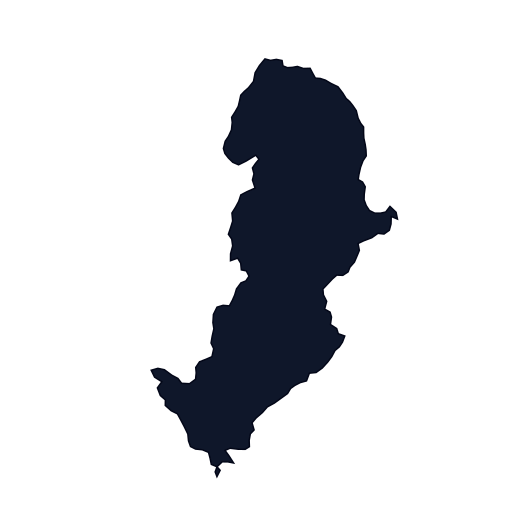 the district of José Raydan, Minas Gerais, Brazil, rotated 52°
{"feature_id": "56859067B76751419616025", "entity_name": "José Raydan", "entity_type": "district", "adm_level": 2, "iso_a3": "BRA", "parent_name": "Brazil", "parent_adm1": "Minas Gerais", "projection": "orthographic", "projection_center": [-42.476, -18.259], "detail": "fine", "context": "isolated", "style": "filled", "palette": "ink", "viewbox_px": 512, "rotation_deg": 52, "n_neighbors": 0, "source": "geoboundaries", "source_scale": "gbopen_adm2", "svg_char_len": 2542}
<svg xmlns="http://www.w3.org/2000/svg" viewBox="0 0 512 512"><g transform="rotate(52 256 256)"><path d="M398.1,416.5L397.4,409.3L400.9,404.9L405.3,401.1L396.6,400.3L390.1,400.1L391.5,394.8L397.4,388.9L401.7,383.5L402.2,378.6L397.1,374.9L392.7,370.0L391.9,364.6L385.0,361.8L383.7,355.6L383.3,347.3L381.9,340.0L383.2,332.1L383.5,324.3L383.8,315.8L381.7,310.3L381.9,305.0L383.0,299.1L385.5,293.1L381.2,286.1L384.8,280.4L385.1,272.8L383.7,264.7L381.9,258.2L379.1,251.9L378.9,246.3L377.1,240.9L373.7,235.3L367.9,239.0L362.9,237.1L355.8,239.5L350.6,234.1L345.8,232.2L340.1,234.6L335.2,228.2L328.1,226.8L323.2,223.6L322.1,216.3L321.1,209.8L320.8,204.1L324.7,199.5L325.2,193.2L322.7,189.0L321.4,182.2L318.0,176.0L315.2,171.1L309.0,167.9L310.3,161.9L312.9,153.5L313.2,146.0L317.5,141.6L317.8,135.1L313.9,129.9L308.1,125.1L314.0,121.8L307.8,118.7L299.4,119.9L301.2,126.7L298.9,131.5L295.4,136.0L290.0,138.6L284.1,138.1L278.2,136.2L274.0,132.7L268.7,127.3L263.3,126.5L258.7,128.4L255.3,124.9L250.4,118.9L246.8,113.0L245.0,107.5L240.1,104.0L235.4,101.3L229.6,98.5L225.5,95.6L220.6,91.8L215.9,91.8L210.3,90.7L203.2,87.5L197.5,87.1L192.0,87.1L187.4,88.0L181.0,87.3L173.2,87.2L166.1,90.7L160.2,93.0L155.6,96.1L152.4,99.7L147.4,98.9L141.4,97.8L137.4,103.2L132.1,106.7L129.8,111.1L126.9,115.3L122.8,117.7L118.0,115.1L113.6,118.9L110.8,124.1L106.2,127.6L108.0,135.9L111.0,143.8L116.9,150.5L118.8,158.4L119.1,163.8L119.9,169.0L123.5,173.3L127.1,177.8L129.4,183.3L131.7,189.8L136.1,192.5L141.5,197.7L144.8,204.1L146.6,209.6L151.2,215.5L156.1,217.4L161.9,217.4L167.9,216.6L173.4,213.6L175.1,205.4L176.4,194.1L181.6,194.1L182.8,199.5L184.4,204.6L190.0,207.0L193.9,212.0L201.9,214.9L199.8,223.4L198.5,230.3L202.3,236.0L204.9,241.9L207.3,248.5L214.1,252.9L218.0,258.5L221.9,264.4L227.7,264.7L233.7,268.2L238.6,274.7L244.0,279.0L246.4,271.8L252.3,272.5L257.9,276.1L261.8,272.8L267.6,273.9L269.4,279.3L267.9,284.4L269.9,291.6L273.6,296.8L276.4,302.0L278.9,307.7L274.6,312.3L272.3,318.2L275.8,325.5L282.0,331.0L287.4,334.0L292.3,340.0L296.9,345.0L303.0,346.4L308.2,352.7L306.6,358.9L304.6,365.6L306.7,372.1L311.3,375.1L315.9,379.5L315.7,387.0L310.5,393.0L304.4,392.9L298.2,395.7L289.2,398.2L284.1,402.5L281.5,408.9L289.0,410.5L297.1,407.6L299.2,414.9L307.1,417.3L313.6,416.0L317.9,419.5L325.7,418.1L332.0,415.1L338.7,416.2L346.4,417.6L354.3,419.3L360.1,423.0L365.8,424.9L370.9,422.5L375.6,417.6L381.5,414.3L387.1,416.7L392.7,419.5L398.1,416.5ZM398.1,416.5L401.0,421.1L405.8,422.6L402.8,416.2L398.1,416.5Z" fill="#0f172a" stroke="#020617" stroke-width="1.5"/></g></svg>